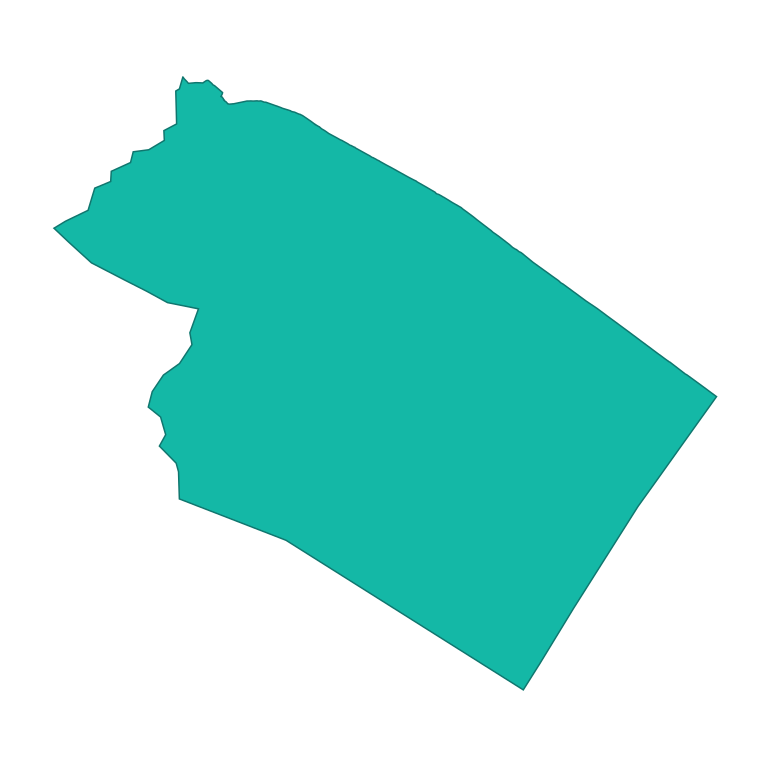 outline of Nord Kanem, Kanem, Chad, rotated 91°
{"feature_id": "50815135B74780249962770", "entity_name": "Nord Kanem", "entity_type": "district", "adm_level": 2, "iso_a3": "TCD", "parent_name": "Chad", "parent_adm1": "Kanem", "projection": "equal_earth", "projection_center": [14.386, 15.416], "detail": "fine", "context": "isolated", "style": "filled", "palette": "teal", "viewbox_px": 768, "rotation_deg": 91, "n_neighbors": 0, "source": "geoboundaries", "source_scale": "gbopen_adm2", "svg_char_len": 3172}
<svg xmlns="http://www.w3.org/2000/svg" viewBox="0 0 768 768"><g transform="rotate(91 384 384)"><path d="M663.8,225.1L663.4,224.9L662.2,224.1L604.9,190.5L502.0,127.9L473.5,108.2L443.5,87.6L412.7,66.4L400.4,57.9L390.8,51.3L390.4,51.9L375.1,73.4L372.3,77.4L369.3,81.7L369.0,82.6L363.1,90.5L359.9,94.8L358.8,96.3L357.2,98.4L356.9,99.2L354.4,102.8L352.7,105.2L350.1,108.8L349.6,109.6L346.8,113.5L344.7,116.4L336.1,128.4L329.3,137.8L314.0,159.3L313.5,160.0L312.4,161.6L304.9,172.0L299.0,181.1L298.4,182.0L297.5,183.4L283.8,202.7L280.9,206.8L280.2,208.1L279.7,209.0L277.7,211.2L273.5,217.3L268.6,224.3L266.9,226.8L259.6,237.3L253.2,245.4L251.4,247.6L250.0,249.6L249.9,249.9L249.4,251.2L247.2,254.0L247.1,254.7L246.8,255.1L245.2,257.8L242.4,261.0L240.7,263.3L235.7,270.0L234.0,272.3L233.5,273.1L232.7,274.2L230.4,277.7L228.8,279.5L228.7,279.6L226.9,282.1L218.1,294.0L216.5,296.0L215.5,297.3L211.6,302.7L207.5,308.5L206.7,309.4L206.2,310.0L201.4,318.8L196.4,327.2L195.8,328.5L195.7,328.6L194.7,330.3L194.1,331.5L193.5,332.6L193.0,334.5L192.9,334.6L192.6,334.9L192.6,335.3L191.4,336.2L188.5,341.4L187.9,342.4L187.7,342.9L187.4,343.3L181.4,354.3L180.6,355.3L180.4,355.6L180.0,356.6L179.2,358.3L178.2,360.3L176.9,362.9L175.1,366.3L171.8,372.5L167.2,381.1L165.0,385.5L161.3,392.4L160.9,392.8L160.3,394.4L159.4,395.9L158.2,398.3L157.9,398.8L157.5,400.2L156.9,401.0L156.3,401.9L155.5,403.3L155.1,404.2L148.4,416.8L147.8,417.3L147.7,417.9L147.7,418.0L146.1,421.1L145.8,422.3L144.5,424.2L142.8,427.4L141.8,429.3L141.5,429.8L141.0,430.8L140.9,431.4L140.2,432.7L139.0,434.9L136.3,440.1L134.4,443.8L134.2,444.0L131.7,447.7L129.9,450.9L128.8,452.2L128.0,453.1L127.6,454.0L126.7,455.6L125.3,457.8L125.5,457.8L123.9,459.8L123.8,460.0L123.0,461.1L117.3,469.7L117.0,470.2L116.4,471.5L115.7,472.9L115.7,473.0L115.7,473.6L114.2,477.1L113.8,478.0L113.6,479.0L113.4,480.2L113.3,480.3L113.2,481.2L112.8,481.7L112.5,482.1L111.7,484.7L110.1,490.3L109.5,491.7L109.1,492.8L104.3,507.1L104.3,508.7L104.1,509.3L103.5,510.8L103.2,511.7L103.1,512.1L103.2,512.9L103.3,514.2L103.2,515.1L103.1,515.9L103.4,519.8L103.3,522.0L103.4,523.8L103.5,526.3L103.8,527.4L104.7,531.4L106.5,539.4L106.5,540.1L106.6,540.7L106.9,543.7L106.6,544.7L106.6,545.0L104.9,546.6L104.4,547.1L104.0,548.0L103.5,548.3L102.9,548.6L102.9,549.2L101.6,549.6L99.7,551.1L99.6,551.5L99.4,552.0L96.6,550.7L95.4,550.5L88.6,558.7L88.5,559.0L87.9,560.2L86.5,561.4L85.2,562.9L83.6,564.9L83.5,565.5L83.5,566.0L83.6,566.5L83.9,567.2L85.7,569.8L86.2,570.4L86.1,571.1L86.1,571.8L86.0,576.1L86.0,577.5L86.3,580.0L86.5,581.9L86.8,584.8L84.9,586.5L82.9,588.5L81.6,589.8L81.2,589.8L80.6,590.4L80.6,590.5L92.5,593.7L94.7,597.3L101.6,597.0L115.4,596.4L127.6,595.9L134.5,608.5L139.4,608.2L144.3,607.9L153.9,623.3L156.2,638.8L167.0,641.3L176.1,660.4L181.0,660.6L186.3,660.8L193.2,676.6L202.3,679.2L215.5,682.9L226.8,705.3L230.1,710.5L234.0,716.7L247.5,701.9L268.0,678.6L284.4,645.5L295.2,623.3L306.4,601.9L312.1,570.8L336.2,579.0L348.0,576.7L367.1,588.8L378.9,604.7L395.7,615.6L411.2,619.3L420.9,606.8L438.5,601.4L450.0,607.5L466.8,590.4L475.4,587.9L502.5,586.6L541.9,479.4L687.4,239.4L663.8,225.1Z" fill="#14b8a6" stroke="#0f766e" stroke-width="1.5"/></g></svg>